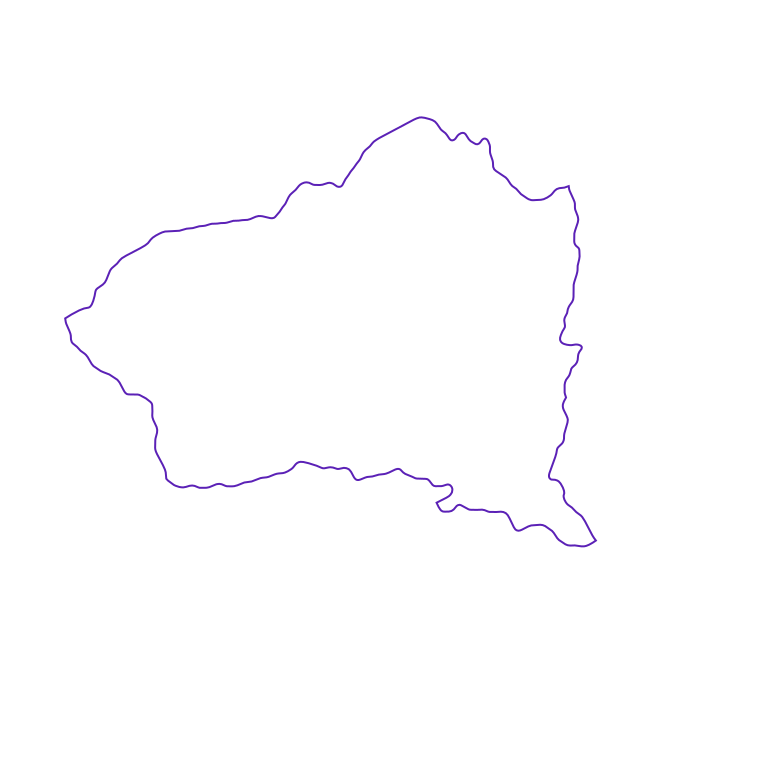 outline of Bayaguana, Monte Plata, Dominican Republic, rotated 62°
{"feature_id": "3306468B72895662483472", "entity_name": "Bayaguana", "entity_type": "district", "adm_level": 2, "iso_a3": "DOM", "parent_name": "Dominican Republic", "parent_adm1": "Monte Plata", "projection": "robinson", "projection_center": [-69.577, 18.816], "detail": "fine", "context": "isolated", "style": "outline", "palette": "violet", "viewbox_px": 768, "rotation_deg": 62, "n_neighbors": 0, "source": "geoboundaries", "source_scale": "gbopen_adm2", "svg_char_len": 6165}
<svg xmlns="http://www.w3.org/2000/svg" viewBox="0 0 768 768"><g transform="rotate(62 384 384)"><path d="M481.4,229.6L478.0,229.0L476.3,228.5L469.5,224.9L467.5,223.3L465.8,221.3L463.9,217.3L463.0,215.9L461.3,214.1L458.5,211.5L457.8,210.1L456.7,205.9L455.5,203.6L453.7,201.7L450.2,199.4L448.9,198.4L447.4,196.5L445.7,193.1L444.6,192.2L443.9,192.0L442.5,192.3L440.8,193.7L439.8,195.0L439.0,196.5L437.8,200.0L436.9,201.7L435.2,204.1L433.2,206.2L431.7,207.3L430.0,207.9L428.2,207.9L427.3,207.6L425.7,206.7L423.7,204.7L421.3,201.7L419.5,198.7L418.6,197.5L417.2,196.7L412.7,195.1L411.3,194.2L410.1,193.0L407.4,189.1L404.3,186.6L402.7,184.7L401.8,183.3L399.8,179.3L398.2,177.3L396.1,175.8L385.5,170.0L383.4,168.2L378.0,162.7L375.9,160.8L374.4,159.7L370.5,157.5L365.5,153.1L363.2,151.4L358.0,148.9L356.6,148.4L355.2,148.4L352.0,149.6L350.4,149.8L348.7,149.6L347.2,149.0L340.5,145.3L338.4,143.4L332.4,137.1L330.2,135.4L328.5,134.7L326.8,134.2L319.7,133.3L318.1,132.7L314.4,130.8L312.7,130.3L310.0,130.0L300.7,129.4L299.0,129.1L296.0,128.0L295.3,132.5L293.4,137.3L293.0,140.0L293.5,142.6L295.1,146.5L295.6,148.3L296.0,152.3L295.8,156.2L295.0,159.0L291.6,166.3L290.7,167.7L288.8,169.5L287.4,170.4L280.7,173.9L273.8,175.6L269.4,177.8L266.8,178.4L261.4,178.9L258.8,179.6L248.5,185.1L246.2,185.9L243.6,185.7L239.3,183.7L237.6,183.2L231.4,182.2L229.7,181.8L228.1,181.1L224.4,179.1L222.7,178.5L219.2,178.1L217.5,178.1L216.0,178.5L214.8,179.5L214.4,180.3L214.2,181.1L214.4,182.6L215.9,185.8L216.3,187.2L216.2,188.8L215.4,190.2L214.2,191.1L210.2,193.5L207.7,194.2L201.8,194.7L200.3,195.3L199.7,195.9L199.2,196.6L198.7,198.2L198.8,200.8L199.3,202.5L201.0,205.9L201.3,207.4L201.1,209.0L200.7,209.7L200.2,210.3L199.5,210.7L198.1,211.1L194.0,211.5L191.4,212.0L187.6,213.7L185.9,214.3L179.1,215.1L176.3,215.8L173.8,217.3L171.6,219.3L168.1,223.1L166.3,225.6L165.4,227.4L164.8,230.6L164.6,233.8L164.6,272.6L164.8,275.8L165.2,279.0L165.8,280.9L167.5,284.9L168.7,290.4L169.7,293.1L170.7,294.8L174.2,299.6L175.1,301.2L176.6,304.7L179.0,309.4L180.8,313.7L183.0,317.6L185.1,321.9L188.8,327.3L189.3,328.7L189.3,329.5L189.2,330.3L188.5,331.7L187.4,332.8L183.2,335.0L182.0,336.1L180.9,337.4L180.2,339.0L179.1,344.8L178.2,347.2L175.7,351.7L174.8,352.9L174.2,353.4L171.1,355.7L169.6,357.7L168.9,359.4L168.7,360.3L168.5,362.3L168.6,364.2L169.1,366.1L171.1,370.9L172.4,376.4L173.0,378.3L174.4,380.8L178.5,386.4L179.3,388.1L180.4,390.7L182.9,395.3L185.4,401.7L185.6,403.2L185.1,405.0L184.1,406.6L178.9,412.5L177.8,414.1L176.8,415.9L176.1,418.7L175.6,424.6L175.0,427.4L172.8,432.2L171.5,435.7L169.2,440.4L167.8,446.9L167.2,448.7L165.3,452.6L164.0,456.1L161.7,460.8L161.2,462.7L160.3,467.4L159.7,469.1L158.0,473.1L156.6,479.6L154.2,485.4L152.6,492.8L146.6,505.7L146.0,508.6L145.8,511.6L145.8,515.6L146.2,519.5L147.0,522.2L148.8,526.2L149.2,528.2L149.5,530.2L149.7,535.4L149.6,551.2L149.9,556.4L150.7,559.2L152.4,563.2L153.9,569.7L154.6,571.5L155.7,573.2L161.7,580.3L163.3,582.8L164.2,585.6L165.0,592.1L165.5,593.7L165.9,594.4L167.0,595.5L170.4,598.2L174.1,601.7L176.6,604.7L177.8,607.1L177.9,608.8L176.5,613.4L175.9,618.6L175.9,627.2L176.4,634.7L179.9,635.9L181.8,636.3L189.6,636.9L192.5,637.3L194.2,637.8L197.8,639.5L200.3,640.0L201.9,639.8L207.1,637.6L212.2,636.3L216.7,634.1L218.4,633.5L221.2,633.0L229.0,632.7L231.8,632.1L239.4,628.1L241.6,626.4L246.7,622.0L255.0,617.5L256.8,617.1L258.7,616.8L268.3,616.8L270.1,616.6L271.7,616.0L272.4,615.5L273.4,614.2L277.7,606.4L278.8,605.1L284.9,601.0L290.0,598.7L291.4,598.3L292.9,598.3L294.3,598.8L299.4,601.3L303.0,603.4L304.7,604.1L307.5,604.6L315.3,605.0L318.1,605.8L320.5,607.3L324.7,611.2L326.2,612.3L333.0,616.1L334.6,616.7L336.5,617.1L339.3,617.3L351.9,617.3L356.7,617.6L359.5,618.2L365.4,620.7L367.8,620.1L374.5,616.9L376.0,615.8L378.8,613.1L380.0,611.5L381.0,609.9L381.9,607.1L382.6,603.5L383.6,601.0L385.1,599.0L388.1,596.5L389.2,595.4L392.3,589.4L393.1,586.6L393.8,579.2L394.1,578.2L394.8,576.4L396.3,574.4L399.3,572.0L400.4,570.9L402.9,566.5L403.9,564.2L404.6,561.1L405.4,553.6L407.9,546.7L409.1,537.3L409.7,535.4L411.3,531.4L411.8,529.4L412.5,523.0L412.9,520.9L413.5,519.1L415.2,515.1L415.7,513.0L415.9,509.8L415.6,505.6L415.1,503.6L413.4,499.7L413.0,498.0L413.0,496.1L413.5,494.3L415.1,491.7L418.5,487.8L424.5,481.9L428.7,478.5L429.8,477.4L430.5,476.0L431.7,471.9L432.4,470.3L433.8,468.3L437.1,465.1L437.8,463.7L439.2,458.8L440.7,456.7L442.7,455.1L444.5,454.6L446.4,454.3L452.0,454.3L453.7,454.1L455.3,453.5L456.0,452.9L456.5,452.2L456.9,451.4L457.3,449.5L457.8,444.5L458.2,442.5L460.2,437.6L461.6,431.1L463.6,426.1L464.1,424.3L464.5,421.2L464.8,414.1L465.2,412.2L466.0,410.7L467.3,409.7L471.1,408.6L473.4,407.4L479.2,402.6L481.9,400.6L482.9,399.4L487.4,391.6L488.4,390.4L489.1,390.0L490.7,389.4L495.9,388.5L497.4,387.7L498.4,386.5L501.1,381.3L501.6,379.7L502.2,376.3L502.7,374.7L503.9,373.4L505.4,372.8L507.0,372.6L508.7,372.9L509.5,373.3L511.6,374.9L512.9,377.2L513.5,379.2L513.7,382.4L513.5,393.3L518.1,393.5L520.7,393.3L522.4,393.0L523.8,392.2L524.4,391.6L525.3,390.2L527.1,386.6L527.8,384.0L527.5,381.3L525.8,377.1L525.7,375.5L526.2,373.9L527.2,372.9L534.3,368.2L535.4,367.1L538.7,361.2L541.0,356.4L542.6,354.4L545.6,351.9L546.6,350.7L549.8,344.8L551.6,340.8L553.1,338.7L555.2,337.1L557.9,336.3L561.8,336.2L571.4,336.6L574.0,336.3L575.4,335.6L576.6,334.3L577.2,332.6L577.4,330.7L577.5,323.5L578.0,320.4L581.6,312.2L583.1,310.1L585.1,308.4L592.6,304.6L595.2,304.0L601.5,303.4L604.0,302.7L610.7,299.1L612.6,297.5L614.1,295.4L616.1,291.3L620.1,285.8L621.4,283.2L621.9,281.3L622.2,278.3L622.1,274.3L621.7,270.4L618.3,270.9L615.2,271.1L599.6,271.0L594.5,271.4L592.6,271.9L587.3,274.4L581.3,276.1L576.9,278.3L575.2,278.8L573.5,279.0L570.8,279.0L568.4,278.5L567.0,277.9L565.0,276.1L562.8,275.2L559.4,274.7L554.8,274.8L552.2,275.4L550.7,276.2L548.9,277.9L547.0,281.0L546.4,281.5L545.0,282.0L543.5,281.9L541.9,281.1L540.5,279.9L528.8,267.0L526.0,264.3L523.3,262.2L522.2,261.1L521.5,259.6L520.1,254.6L519.3,253.2L518.2,251.9L516.9,250.8L513.9,249.1L512.4,248.0L504.2,240.1L501.9,238.5L500.2,238.0L497.5,237.7L491.1,237.5L489.3,237.2L487.6,236.6L486.1,235.7L484.9,234.5L483.7,233.1L481.4,229.6Z" fill="none" stroke="#5b21b6" stroke-width="2"/></g></svg>